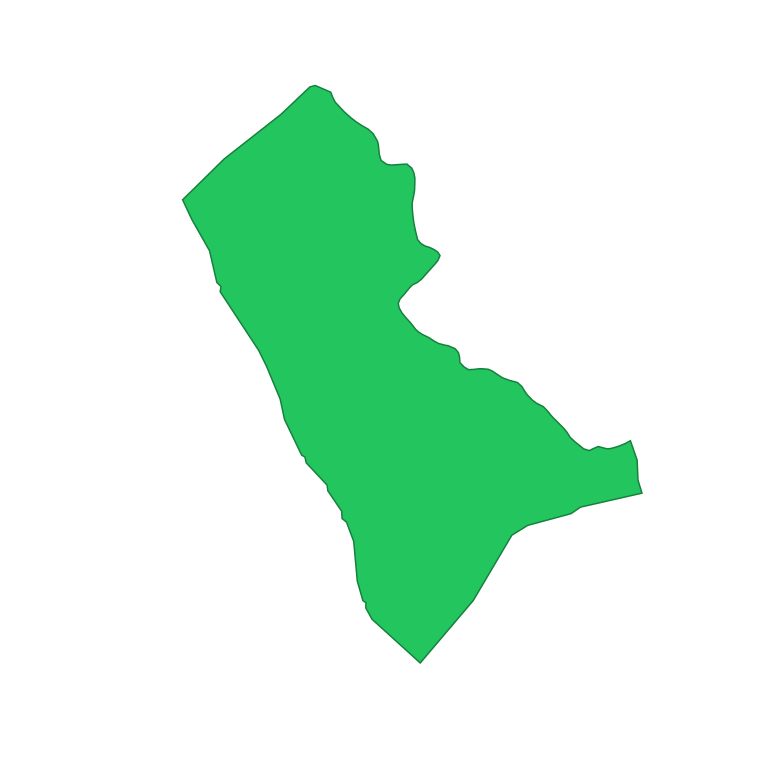 San Antonio Palopó, Sololá, Guatemala, rotated 127°
{"feature_id": "79465075B56849944054802", "entity_name": "San Antonio Palopó", "entity_type": "district", "adm_level": 2, "iso_a3": "GTM", "parent_name": "Guatemala", "parent_adm1": "Sololá", "projection": "albers", "projection_center": [-91.117, 14.666], "detail": "fine", "context": "isolated", "style": "filled", "palette": "green", "viewbox_px": 768, "rotation_deg": 127, "n_neighbors": 0, "source": "geoboundaries", "source_scale": "gbopen_adm2", "svg_char_len": 1839}
<svg xmlns="http://www.w3.org/2000/svg" viewBox="0 0 768 768"><g transform="rotate(127 384 384)"><path d="M183.0,602.1L187.0,618.6L191.4,622.0L230.8,628.6L300.5,647.1L358.1,655.7L368.4,636.2L382.6,603.5L403.5,578.6L404.3,572.8L408.9,570.4L432.6,504.2L440.8,488.0L458.5,457.9L472.2,442.1L490.4,406.9L489.9,403.3L493.8,398.6L499.0,368.6L503.1,364.6L511.1,341.2L516.7,336.5L516.9,330.8L527.9,313.5L557.4,286.8L569.7,270.5L569.6,266.7L573.8,263.8L579.1,252.0L585.0,187.2L503.3,182.4L427.8,190.9L410.5,184.2L374.8,156.5L364.1,153.0L315.9,112.3L308.0,123.2L292.4,136.1L281.0,153.1L286.0,155.3L291.3,158.4L294.7,160.7L298.2,163.4L301.1,166.1L303.1,170.5L305.0,175.3L309.5,177.9L313.7,180.0L315.6,185.5L315.2,197.2L314.6,203.1L312.5,208.6L311.4,212.9L309.9,222.8L309.1,228.7L308.4,232.4L307.4,235.9L306.2,243.2L306.9,247.0L307.6,251.0L307.6,255.7L306.4,263.3L305.1,267.1L303.0,272.5L302.5,278.4L305.6,286.0L307.7,292.9L308.1,298.2L308.5,305.4L309.5,309.6L312.5,314.4L314.6,317.2L318.6,321.4L321.7,325.2L322.2,330.2L321.2,336.3L317.2,339.7L314.2,343.3L313.0,348.3L314.8,355.8L316.4,358.9L318.8,364.8L319.6,370.1L319.9,375.8L320.7,380.0L321.4,383.6L321.7,387.9L321.3,391.7L319.3,399.0L317.6,407.6L316.5,412.1L314.2,417.5L311.1,421.1L306.3,422.4L300.1,421.8L291.8,421.5L287.6,420.9L283.2,418.6L277.6,417.1L272.3,416.7L257.0,415.4L252.8,415.3L247.8,416.5L246.3,420.3L246.4,424.4L247.5,429.9L249.0,433.9L249.6,439.0L248.5,444.0L243.1,450.6L237.3,457.2L231.1,463.2L226.3,467.5L223.1,470.0L219.9,471.7L214.8,474.1L211.0,476.1L205.1,480.2L200.9,483.3L197.2,487.5L194.9,491.8L194.6,498.1L197.1,501.1L204.8,510.0L206.9,513.8L207.2,520.9L203.3,526.1L200.5,528.6L196.2,532.6L194.0,535.3L190.6,543.3L190.0,550.2L190.9,556.4L191.4,563.8L191.3,570.6L190.6,579.4L188.3,592.5L186.0,597.3L183.0,602.1Z" fill="#22c55e" stroke="#15803d" stroke-width="1.5"/></g></svg>